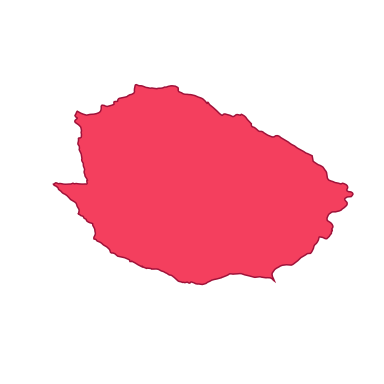 San Antonio Del Tequendama, Cundinamarca, Colombia (Equal Earth projection), rotated 302°
{"feature_id": "7082276B32328696535418", "entity_name": "San Antonio Del Tequendama", "entity_type": "district", "adm_level": 2, "iso_a3": "COL", "parent_name": "Colombia", "parent_adm1": "Cundinamarca", "projection": "equal_earth", "projection_center": [-74.349, 4.601], "detail": "fine", "context": "isolated", "style": "filled", "palette": "rose", "viewbox_px": 384, "rotation_deg": 302, "n_neighbors": 0, "source": "geoboundaries", "source_scale": "gbopen_adm2", "svg_char_len": 6018}
<svg xmlns="http://www.w3.org/2000/svg" viewBox="0 0 384 384"><g transform="rotate(302 192 192)"><path d="M274.3,140.4L273.6,138.7L273.1,138.0L272.5,136.6L271.1,134.1L270.6,132.5L270.6,130.6L270.1,128.0L270.5,126.8L271.1,126.2L271.8,126.0L272.9,125.1L273.1,124.5L272.9,121.8L271.7,119.2L270.9,117.9L269.0,115.9L267.2,114.5L266.5,113.2L264.6,111.9L263.6,110.7L262.0,108.3L261.0,107.5L260.6,106.6L259.8,104.9L258.9,102.8L257.8,101.5L257.1,99.4L256.3,97.5L255.8,94.8L255.4,93.1L254.0,90.6L253.6,88.0L252.9,87.3L252.1,87.4L249.1,88.5L247.6,89.3L246.6,90.1L245.4,90.3L244.6,90.1L242.7,89.0L241.7,87.9L239.9,86.8L238.6,86.4L237.4,85.4L232.9,80.7L232.1,80.3L230.7,80.3L229.5,80.8L228.9,80.3L228.8,79.9L228.4,79.3L227.8,78.8L227.5,78.2L226.7,78.2L226.1,78.7L224.9,79.3L223.1,78.0L219.6,74.8L219.0,73.2L218.9,71.7L218.0,69.7L217.3,69.5L216.3,69.7L215.2,70.5L213.5,71.3L211.7,71.6L209.9,71.0L207.7,69.3L206.0,67.5L203.7,64.3L201.3,61.9L200.4,58.6L199.9,55.9L199.7,51.9L198.9,51.8L196.4,52.2L194.9,52.2L194.3,53.0L194.0,54.2L194.0,55.3L193.4,55.7L192.3,55.3L190.8,54.9L189.9,55.1L189.1,56.1L188.9,60.2L188.3,62.8L187.5,63.9L185.8,65.5L185.0,66.0L183.9,66.3L183.2,66.9L182.5,67.6L180.4,68.8L179.6,69.0L178.8,68.7L178.4,68.2L178.0,67.6L177.5,67.3L177.2,67.3L176.6,67.8L175.0,68.7L172.9,69.4L171.9,70.2L171.5,71.4L170.9,72.3L169.4,73.4L168.7,73.6L168.1,73.9L165.6,77.8L162.1,80.9L160.8,81.4L160.0,82.2L158.9,84.2L158.3,85.0L157.5,85.3L156.4,86.2L155.1,88.0L154.3,88.9L153.1,89.4L151.9,89.8L151.0,90.6L150.1,91.8L149.0,92.7L148.6,93.3L147.6,95.5L146.6,97.1L145.9,96.8L144.9,97.5L143.9,98.5L143.1,98.5L142.6,98.1L142.3,97.3L141.3,95.9L140.5,94.7L138.9,91.7L137.8,89.2L137.0,88.4L136.5,87.7L136.5,86.9L136.2,86.2L135.4,85.7L134.4,84.8L133.7,83.7L131.6,80.7L130.7,79.1L129.6,76.2L129.1,75.3L128.3,74.5L128.1,73.8L128.0,72.7L127.8,72.0L127.3,71.3L126.3,71.1L125.2,70.3L125.0,70.6L124.7,71.4L124.7,72.1L124.9,73.5L124.7,75.5L124.4,76.4L123.5,77.5L123.2,80.7L122.8,81.8L122.6,82.9L122.6,83.9L122.8,85.3L122.7,87.8L122.1,90.3L121.3,93.0L121.4,97.6L121.2,99.2L120.8,100.1L118.9,102.4L117.7,104.8L117.1,105.6L116.5,106.1L114.2,107.0L113.3,107.0L113.1,107.8L113.4,108.8L113.2,109.2L113.1,110.1L113.2,110.7L113.5,111.6L113.6,112.7L113.4,113.2L112.9,113.7L112.6,114.5L112.7,116.6L112.6,117.0L112.0,117.5L111.6,118.5L111.6,120.2L111.8,121.5L112.4,123.7L112.5,124.5L111.4,125.3L110.7,126.3L110.2,127.3L109.3,128.7L108.6,129.5L107.2,130.6L106.2,131.6L105.2,132.3L103.8,132.6L101.7,132.8L100.8,133.2L100.2,133.8L100.4,134.5L100.7,135.0L100.8,135.9L100.4,136.7L100.2,137.6L100.7,140.6L100.7,142.3L100.2,144.8L100.2,146.1L100.3,148.6L100.1,149.9L99.5,152.6L98.2,154.3L97.7,154.8L97.6,155.9L98.4,157.4L98.8,159.1L98.2,163.0L100.6,169.7L101.2,173.7L101.3,175.0L100.2,176.2L101.4,178.3L101.5,178.2L101.7,181.3L101.7,184.8L102.1,189.5L102.6,189.3L102.5,190.8L102.8,191.9L103.0,193.3L103.2,194.0L103.5,194.0L104.1,195.1L105.1,197.2L105.4,198.2L105.2,198.5L107.9,202.7L108.6,204.4L108.8,207.8L109.4,210.0L109.5,212.6L109.7,213.7L109.6,216.1L109.7,216.9L110.3,218.2L110.4,219.0L110.4,220.1L110.2,221.1L110.2,221.9L109.2,227.2L109.3,228.4L110.0,230.3L110.2,231.3L110.4,232.1L111.1,232.9L111.2,233.7L111.8,234.5L112.7,235.3L113.1,236.0L113.2,237.7L113.4,238.1L113.8,238.5L114.5,238.5L115.0,238.7L115.4,239.2L116.0,241.6L116.2,243.8L116.8,245.3L117.7,246.7L119.0,249.7L119.3,250.0L120.7,251.3L122.0,252.4L123.0,252.7L124.1,253.3L125.9,254.5L127.6,255.4L129.4,257.0L131.6,259.3L134.4,261.9L135.1,262.5L135.5,262.5L136.0,263.1L139.7,265.8L141.0,266.6L142.5,267.2L143.3,268.5L144.1,270.3L144.8,271.2L146.8,274.0L148.1,275.7L148.9,277.1L149.7,280.6L151.3,285.3L152.7,289.9L153.0,290.6L154.3,292.2L156.2,294.6L156.6,296.0L158.0,299.2L158.5,300.3L159.1,301.0L160.5,303.5L160.8,304.5L160.8,306.4L160.3,307.8L160.2,309.0L161.7,306.9L162.7,305.3L164.3,303.7L165.7,303.0L170.0,303.2L171.9,303.9L174.7,305.5L176.0,306.1L177.8,307.5L180.4,310.7L182.6,314.9L183.8,315.8L185.5,316.5L189.8,318.1L194.0,319.1L199.0,321.7L200.1,322.1L201.0,322.6L202.8,325.0L204.0,325.2L205.2,325.2L208.4,324.9L210.7,324.1L212.4,324.1L214.3,324.7L216.2,324.8L218.4,324.6L221.0,323.7L221.6,324.1L222.4,326.0L222.8,327.1L223.0,329.4L223.4,330.5L223.9,331.1L227.1,331.9L229.3,331.9L230.6,332.2L232.4,331.3L232.7,331.1L233.1,331.5L233.4,331.5L234.2,331.0L234.5,330.5L234.6,330.2L234.9,330.1L236.3,330.2L237.2,329.9L237.7,329.6L238.8,328.0L239.4,326.0L239.5,322.0L239.7,321.6L241.1,320.5L242.0,320.2L244.7,319.8L246.4,320.0L247.7,320.7L248.6,320.9L249.8,321.9L251.3,324.3L254.2,327.1L255.8,328.1L257.2,328.4L259.5,329.4L262.1,330.1L263.3,330.2L264.3,329.8L265.2,329.1L265.5,328.3L266.0,326.5L266.5,325.6L266.8,325.3L267.2,325.1L267.9,325.2L270.2,326.4L272.4,329.4L273.8,329.7L275.3,329.7L276.0,329.1L276.3,328.3L276.3,327.3L276.3,326.8L275.8,325.6L275.2,324.5L275.2,322.9L275.5,322.4L275.8,322.1L278.1,321.8L279.0,321.1L279.6,320.2L279.9,318.7L279.6,316.2L279.2,315.0L278.0,314.2L277.6,313.6L277.1,311.6L275.8,308.2L275.5,305.9L274.9,303.7L274.6,301.6L275.0,300.5L275.5,299.5L279.8,295.8L280.6,294.5L280.8,293.8L282.4,290.1L282.5,289.5L282.5,287.4L282.4,286.4L282.0,284.6L282.1,280.2L282.3,278.4L286.4,274.7L285.8,269.7L285.4,267.9L285.5,265.2L285.1,258.7L285.1,257.7L285.4,254.6L285.1,251.2L285.2,248.4L285.4,247.6L285.2,238.3L285.3,237.6L285.5,237.0L285.4,236.1L285.2,234.9L284.6,233.9L283.9,233.1L282.3,232.4L281.5,231.4L281.1,230.4L280.3,226.0L280.3,221.7L280.5,220.2L280.3,219.0L279.2,217.1L279.0,216.0L279.7,212.0L279.7,210.1L279.3,208.9L279.3,208.1L279.7,207.4L280.3,206.7L281.3,206.2L282.8,200.5L283.9,197.9L284.2,196.2L284.2,194.6L284.1,192.8L283.7,192.5L282.8,192.4L281.7,189.4L281.0,188.5L278.8,187.7L277.8,187.0L277.5,186.4L277.2,183.7L276.4,181.1L275.8,179.0L275.2,177.9L274.3,177.4L273.3,177.2L272.9,176.8L272.9,175.7L273.1,173.7L274.0,169.8L274.8,165.4L275.4,160.6L276.5,158.2L276.4,157.8L276.1,157.7L275.3,158.0L275.1,157.8L275.2,157.3L275.8,155.8L276.2,154.4L276.7,151.7L276.5,149.8L275.8,146.9L275.3,143.4L274.3,140.4Z" fill="#f43f5e" stroke="#9f1239" stroke-width="1.5"/></g></svg>